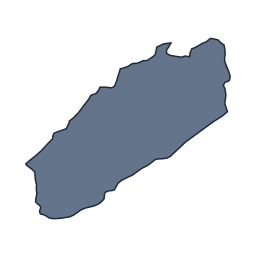 West Bosnia, orthographic projection, rotated 278°
{"feature_id": "BIH-2224", "entity_name": "West Bosnia", "entity_type": "Canton", "adm_level": 1, "iso_a3": "BIH", "parent_name": "Bosnia and Herzegovina", "parent_adm1": "", "projection": "orthographic", "projection_center": [16.924, 43.992], "detail": "fine", "context": "isolated", "style": "filled", "palette": "slate", "viewbox_px": 256, "rotation_deg": 278, "n_neighbors": 0, "source": "natural_earth", "source_scale": "10m", "svg_char_len": 1730}
<svg xmlns="http://www.w3.org/2000/svg" viewBox="0 0 256 256"><g transform="rotate(278 128 128)"><path d="M55.8,114.2L54.2,114.0L52.8,113.1L51.1,111.8L48.3,108.9L46.1,105.2L42.9,97.1L40.7,93.3L34.3,86.3L31.9,82.7L29.2,73.8L27.9,67.3L27.8,64.1L28.2,61.9L29.8,58.5L30.3,56.8L30.7,53.3L30.7,53.2L31.6,52.7L33.2,52.0L37.0,52.6L38.7,51.8L39.7,49.8L41.9,46.8L45.4,46.6L50.7,46.9L54.1,45.8L59.2,45.3L64.1,43.4L71.4,41.8L73.7,38.8L77.1,32.5L78.3,31.8L82.8,35.7L87.0,39.8L93.3,45.2L102.4,51.5L106.5,54.7L110.1,54.8L112.4,55.4L114.1,58.0L116.0,61.9L118.7,66.9L124.0,68.7L126.8,69.0L130.2,72.3L136.1,76.7L143.8,80.9L150.8,85.0L155.3,86.8L157.6,91.3L161.1,93.6L164.5,94.5L165.3,99.8L165.5,106.4L167.7,109.0L171.7,109.9L185.6,112.2L186.6,114.9L189.1,119.6L191.9,122.6L192.9,124.8L193.1,127.5L194.9,130.8L195.3,131.6L196.7,133.3L197.5,137.6L199.1,139.3L201.7,142.3L204.3,144.7L208.0,145.0L212.2,145.3L216.4,151.8L217.2,155.0L217.4,155.6L218.2,158.7L213.8,157.0L211.1,155.4L207.3,155.7L206.9,156.8L205.9,159.0L205.7,163.0L205.6,164.5L205.6,168.6L205.6,171.3L207.2,174.4L207.2,176.8L207.2,179.0L208.8,179.0L211.0,179.0L215.2,180.1L217.6,184.2L222.2,189.9L224.2,193.5L226.0,195.1L228.2,197.3L228.2,198.5L228.2,200.6L227.7,205.0L225.5,207.8L223.5,211.6L220.2,212.7L215.0,213.9L210.8,213.9L207.4,214.5L202.5,217.2L198.9,219.4L193.6,221.9L189.6,222.0L187.8,220.0L186.8,217.6L183.2,216.5L180.8,218.4L174.1,220.4L166.3,220.4L164.8,220.9L158.0,224.2L153.2,219.9L145.9,211.4L122.2,187.0L105.6,173.7L103.4,170.2L102.2,165.8L101.6,162.3L100.5,159.3L94.4,153.5L89.5,146.7L82.2,139.2L78.0,132.8L76.4,130.4L74.1,127.7L71.5,125.6L65.0,123.2L63.8,120.8L63.1,117.7L61.2,114.5L59.7,113.9L55.8,114.2Z" fill="#64748b" stroke="#1e293b" stroke-width="1.5"/></g></svg>